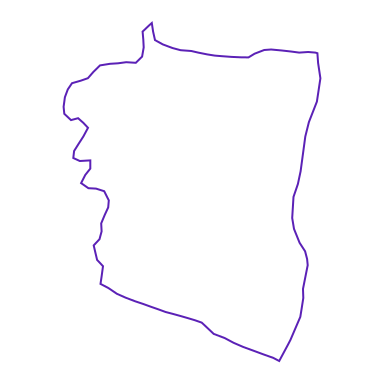 the district of VI-4 Lower Corentyne Rive, East Berbice-Corentyne, Guyana
{"feature_id": "73187651B56094109517329", "entity_name": "VI-4 Lower Corentyne Rive", "entity_type": "district", "adm_level": 2, "iso_a3": "GUY", "parent_name": "Guyana", "parent_adm1": "East Berbice-Corentyne", "projection": "mercator", "projection_center": [-57.321, 5.762], "detail": "fine", "context": "isolated", "style": "outline", "palette": "violet", "viewbox_px": 384, "rotation_deg": 0, "n_neighbors": 0, "source": "geoboundaries", "source_scale": "gbopen_adm2", "svg_char_len": 1415}
<svg xmlns="http://www.w3.org/2000/svg" viewBox="0 0 384 384"><path d="M279.2,361.0L287.8,345.0L290.4,340.0L300.3,316.9L301.5,309.5L303.3,298.0L303.0,288.9L307.7,265.2L307.1,259.0L305.1,251.3L299.6,242.8L294.0,228.9L292.2,218.0L293.5,196.9L297.9,184.0L300.6,171.3L303.6,149.1L305.3,136.5L308.9,122.1L316.9,101.6L320.4,78.3L318.1,63.0L317.4,53.2L315.4,52.6L308.1,52.0L299.2,52.6L290.9,51.5L281.9,50.5L271.1,49.5L264.2,50.0L254.6,53.7L248.5,57.4L240.6,57.3L231.6,56.9L222.1,56.2L214.8,55.6L207.2,54.4L198.2,52.6L191.3,51.0L180.6,50.2L172.4,48.0L162.8,44.4L155.0,40.1L153.1,31.6L151.8,23.0L148.9,25.6L142.6,31.6L143.3,39.6L143.7,47.4L142.1,56.6L135.8,62.8L126.2,62.2L118.0,63.3L110.0,63.8L100.0,65.4L93.3,72.0L87.9,78.2L80.7,80.7L72.0,83.2L67.8,89.4L64.9,97.2L63.6,106.8L64.3,113.8L71.0,120.1L78.1,118.2L83.4,122.9L88.0,127.8L83.4,136.4L78.5,144.0L74.1,151.0L73.3,158.0L79.8,161.0L90.3,160.4L90.3,168.6L85.3,174.9L81.1,183.1L88.4,188.2L96.0,188.6L104.2,191.2L108.8,200.4L108.2,207.4L104.7,215.0L101.2,223.4L101.6,231.4L99.5,239.2L93.7,245.4L95.4,252.7L97.1,259.9L103.0,266.2L101.6,276.5L100.5,283.9L108.5,288.1L116.9,293.8L125.7,297.7L135.2,301.3L143.0,303.9L151.3,306.9L158.5,309.4L165.6,312.0L172.5,313.8L180.5,316.0L188.1,318.2L194.8,320.2L201.7,322.6L206.3,326.9L213.7,333.9L224.8,338.1L233.6,342.8L243.3,347.0L255.1,351.3L263.2,354.3L273.3,357.9L279.2,361.0Z" fill="none" stroke="#5b21b6" stroke-width="2"/></svg>